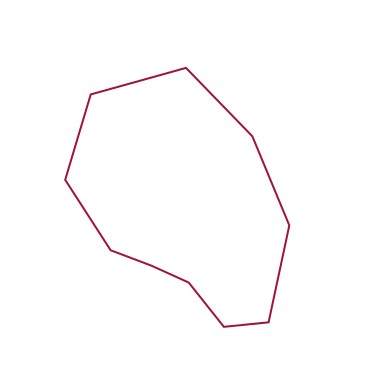 SVG path tracing the border of Gwangju, rotated 217°
{"feature_id": "KOR-2500", "entity_name": "Gwangju", "entity_type": "Metropolitan City", "adm_level": 1, "iso_a3": "KOR", "parent_name": "South Korea", "parent_adm1": "", "projection": "robinson", "projection_center": [126.912, 35.202], "detail": "fine", "context": "isolated", "style": "outline", "palette": "rose", "viewbox_px": 384, "rotation_deg": 217, "n_neighbors": 0, "source": "natural_earth", "source_scale": "10m", "svg_char_len": 293}
<svg xmlns="http://www.w3.org/2000/svg" viewBox="0 0 384 384"><g transform="rotate(217 192 192)"><path d="M221.9,96.5L300.6,125.4L331.6,209.0L271.5,287.5L177.3,272.8L94.2,223.9L52.4,134.0L85.4,103.5L140.1,117.7L180.2,108.7L221.9,96.5Z" fill="none" stroke="#9f1239" stroke-width="2"/></g></svg>